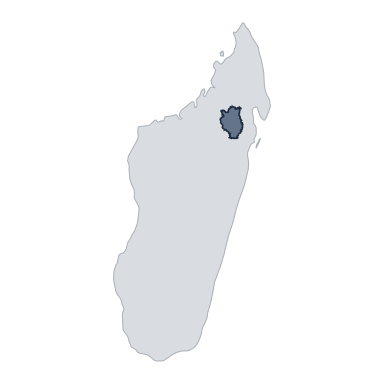 location of Mandritsara, Sofia, Madagascar
{"feature_id": "10022922B13687974105922", "entity_name": "Mandritsara", "entity_type": "district", "adm_level": 2, "iso_a3": "MDG", "parent_name": "Madagascar", "parent_adm1": "Sofia", "projection": "robinson", "projection_center": [48.852, -16.049], "detail": "fine", "context": "in_parent", "style": "filled", "palette": "slate", "viewbox_px": 384, "rotation_deg": 0, "n_neighbors": 0, "source": "geoboundaries", "source_scale": "gbopen_adm2", "svg_char_len": 8074}
<svg xmlns="http://www.w3.org/2000/svg" viewBox="0 0 384 384"><path d="M249.8,31.9L250.8,34.5L251.9,37.0L255.6,43.1L257.2,45.4L258.5,47.9L259.2,52.9L261.5,60.6L263.7,72.2L264.3,84.0L265.0,89.5L266.7,94.6L269.5,99.9L270.4,105.8L268.7,111.9L266.2,117.7L265.5,118.8L264.4,120.2L263.8,120.2L261.9,118.7L260.2,116.3L258.2,110.6L257.5,107.7L256.6,107.2L254.2,107.4L252.5,109.3L252.1,110.4L252.5,113.6L253.2,116.5L253.5,119.5L253.5,123.2L254.2,124.3L255.1,125.2L256.1,127.6L256.3,133.4L255.6,136.3L254.0,138.8L254.1,140.2L254.7,141.7L254.1,142.5L251.8,143.6L250.9,144.6L249.7,147.1L247.7,152.3L247.5,155.0L248.7,163.1L248.3,168.8L245.8,179.8L244.4,185.0L242.3,191.2L239.2,199.4L236.1,209.7L233.5,220.3L231.6,226.6L229.4,232.9L226.4,244.0L223.8,255.2L220.0,267.6L214.8,281.4L214.3,283.2L213.2,290.2L212.0,296.4L210.7,302.4L207.8,312.4L207.4,315.5L206.8,318.5L204.0,324.8L202.8,327.1L202.0,329.6L201.5,332.7L200.7,335.8L198.6,341.3L195.6,346.1L193.5,347.9L189.0,350.4L186.7,350.9L181.6,351.0L176.7,352.4L171.6,355.2L166.7,358.4L164.9,359.9L162.8,360.8L156.3,361.0L154.4,360.3L147.8,355.0L145.3,354.2L140.5,353.5L139.0,353.0L137.7,352.3L135.8,349.6L131.9,347.3L131.0,346.6L130.4,345.0L130.0,343.3L129.0,341.3L128.2,337.7L126.9,335.1L123.4,330.6L123.0,329.1L122.7,324.3L122.7,321.1L122.3,315.2L122.7,312.4L123.9,309.8L123.4,307.1L122.1,304.3L121.5,301.3L120.5,298.6L116.8,293.7L115.9,291.3L115.3,288.9L113.8,281.1L113.6,278.4L113.8,272.8L114.3,269.8L115.1,267.8L115.4,266.3L115.9,265.0L116.8,263.9L117.4,262.7L118.7,255.4L120.5,253.8L123.1,252.9L125.1,251.0L126.3,248.4L127.5,243.1L130.7,237.9L131.9,235.1L134.5,230.9L136.8,225.1L137.5,222.3L138.0,219.5L138.6,213.3L139.0,210.2L138.9,207.1L137.5,204.0L134.3,198.3L134.2,197.2L134.4,193.0L134.1,189.9L132.9,186.8L131.4,183.9L129.8,178.6L129.0,169.7L129.2,166.4L128.7,163.6L127.6,160.9L128.4,156.1L137.9,138.8L138.2,136.8L137.8,131.5L138.0,128.5L138.3,127.3L139.0,126.7L140.7,126.4L148.5,125.6L149.5,125.1L151.4,123.6L154.1,120.8L155.3,120.0L156.4,120.3L157.1,121.5L157.9,122.2L161.1,120.9L162.3,120.8L163.5,121.1L164.1,119.9L164.4,118.3L164.9,117.2L165.7,116.6L169.8,116.2L172.4,115.8L175.7,114.7L176.5,114.9L179.2,118.8L180.0,119.2L181.0,119.3L182.0,118.6L179.8,116.6L179.4,115.4L179.5,114.1L180.7,111.2L182.7,109.1L187.0,105.8L191.5,101.9L192.9,101.7L194.0,102.3L194.9,106.8L194.7,107.5L195.5,107.6L196.3,107.1L197.1,105.3L197.1,103.7L196.5,102.3L196.2,101.1L196.2,99.9L198.5,97.3L200.3,94.8L201.1,91.7L201.8,90.3L203.7,88.8L204.3,89.0L204.7,90.3L205.0,91.6L204.5,93.0L203.8,94.3L203.5,96.1L204.6,96.4L205.6,96.0L207.1,92.8L208.8,89.8L209.8,88.2L211.1,87.1L213.2,87.3L215.2,88.0L211.9,84.8L211.0,80.4L215.0,72.8L215.1,71.2L215.6,70.8L215.9,70.2L213.8,67.6L213.4,66.3L213.7,64.4L214.7,62.7L215.6,61.5L216.9,61.0L217.9,61.7L220.1,63.8L221.6,64.1L223.4,62.1L224.9,59.6L227.1,57.8L229.6,56.8L233.5,52.8L236.0,44.5L236.2,42.1L235.6,39.1L234.7,36.3L233.2,32.8L233.6,32.1L235.7,32.5L236.4,32.0L238.7,29.0L242.5,23.0L243.7,23.1L244.8,24.2L245.2,25.8L245.9,27.0L248.5,29.8L249.8,31.9ZM223.5,55.2L223.5,56.1L220.6,55.7L220.2,52.6L221.6,52.5L221.9,51.2L222.8,51.1L223.7,53.8L223.5,55.2ZM258.4,143.9L255.9,148.5L256.6,144.6L259.5,139.1L260.3,138.7L258.4,143.9Z" fill="#d9dde1" stroke="#a8b0b8" stroke-width="1"/><path d="M238.5,107.5L238.2,107.7L238.2,107.8L238.1,107.7L238.0,107.8L237.8,108.0L237.8,107.9L237.4,107.8L237.3,108.0L237.1,108.1L237.1,108.4L236.9,108.4L236.7,108.6L236.4,108.7L236.3,109.1L236.0,109.1L235.8,108.7L235.6,108.8L235.3,108.8L235.3,108.7L235.1,108.6L235.4,108.2L235.3,107.9L235.2,107.9L235.1,107.7L235.1,107.3L235.0,107.2L234.6,107.2L234.0,107.1L233.9,107.1L233.5,107.1L232.9,106.8L232.6,106.6L232.4,106.4L232.4,106.6L232.1,106.7L231.8,107.2L231.5,107.4L231.4,107.3L231.1,107.3L231.0,106.9L230.4,106.8L230.2,107.3L230.4,107.6L230.4,107.9L230.3,108.1L229.7,108.4L229.2,108.9L228.9,108.9L228.9,109.2L228.5,109.7L228.4,110.0L228.3,110.3L228.2,110.8L228.3,111.1L228.3,111.3L228.3,111.6L228.1,111.7L228.0,111.8L228.1,112.3L227.9,112.5L227.5,112.2L227.2,112.2L226.3,112.3L226.1,112.3L225.7,112.4L225.5,111.9L225.4,111.6L224.8,111.5L224.7,111.0L224.5,110.6L224.3,110.5L224.0,110.6L223.4,110.3L222.9,110.2L222.9,110.3L222.9,110.5L223.0,110.6L222.5,111.1L222.2,111.0L222.2,110.7L221.9,110.6L221.5,110.6L221.2,110.5L221.0,110.8L221.3,111.0L221.2,111.4L221.4,111.9L221.5,112.0L221.8,112.6L222.0,112.8L222.0,113.1L222.2,113.3L222.1,113.6L222.3,113.8L222.1,114.8L222.5,114.7L222.7,114.9L223.1,115.0L223.2,114.9L223.3,115.3L223.6,115.5L223.8,116.3L223.6,116.6L223.4,116.7L223.1,116.5L222.9,116.8L222.6,116.7L222.4,116.8L222.2,117.2L221.9,117.4L221.7,117.4L221.8,117.6L221.7,117.8L221.3,117.8L221.2,117.9L221.1,118.1L220.8,118.3L220.7,118.6L220.2,119.0L220.2,119.4L220.3,119.6L220.4,119.8L220.5,120.0L220.5,120.4L220.6,120.5L220.7,120.9L220.8,121.2L220.7,122.0L220.7,122.8L220.9,123.0L221.1,123.5L221.3,123.7L221.6,124.0L222.0,124.1L222.4,124.5L222.5,125.0L222.7,125.3L222.6,125.8L222.7,126.3L222.6,126.9L222.5,127.1L222.3,127.2L222.3,127.4L222.6,128.0L222.9,128.2L223.0,128.4L223.3,128.6L223.6,128.8L223.8,128.9L224.1,129.1L224.3,129.4L224.3,130.1L224.5,130.0L224.6,129.7L225.1,129.9L225.2,129.7L225.5,129.7L225.9,129.7L226.0,129.7L226.3,130.1L226.4,130.5L226.7,130.7L226.7,131.0L226.9,131.2L227.1,131.3L227.6,131.3L227.9,131.6L228.1,131.7L228.2,131.9L228.4,131.9L228.5,132.1L228.8,132.3L229.0,132.5L228.9,132.7L228.9,132.9L229.2,132.9L229.2,133.2L229.3,133.2L229.4,133.3L229.6,133.5L229.3,133.7L229.5,133.8L229.4,134.0L229.5,134.2L230.0,134.0L229.9,134.2L230.0,134.2L229.9,134.4L229.8,134.6L229.5,135.1L229.8,135.4L230.0,135.4L230.0,135.5L230.3,135.6L230.4,135.8L230.4,136.1L230.2,136.4L230.0,136.5L229.9,136.7L229.9,136.8L230.0,136.9L229.8,136.9L229.8,137.0L229.6,137.5L229.2,137.7L229.3,137.8L229.5,138.0L229.5,138.3L229.6,137.9L229.8,137.9L230.2,137.7L230.5,137.7L230.7,138.0L230.8,138.3L231.2,138.5L231.3,138.4L231.5,138.4L231.6,138.1L231.8,137.9L231.9,138.0L232.0,138.0L232.3,138.0L232.3,137.9L232.5,137.8L232.8,137.8L232.7,138.0L232.9,138.1L233.0,138.3L233.3,138.4L233.4,138.2L233.5,138.2L233.6,138.3L233.8,138.4L234.1,138.4L234.3,138.2L234.5,138.3L234.8,138.2L235.0,138.3L235.1,138.2L235.2,138.3L235.5,138.3L235.6,138.2L236.5,138.4L236.7,138.1L236.8,138.2L237.0,138.0L237.3,137.9L237.4,138.0L237.6,138.1L237.7,137.8L237.4,137.8L237.2,137.5L237.2,137.4L237.0,137.1L236.9,137.0L237.0,136.9L237.0,136.7L237.0,136.4L237.3,136.3L237.5,136.2L237.6,135.9L237.8,135.8L238.0,135.6L238.3,135.6L238.3,134.4L238.5,134.3L238.7,133.9L239.0,133.7L239.4,133.4L239.6,133.2L239.7,133.3L240.0,133.2L240.5,132.9L240.6,132.3L240.7,132.2L240.8,132.0L241.1,131.8L241.2,131.6L241.3,131.5L240.9,131.3L241.0,131.0L241.1,130.7L240.9,130.6L241.1,130.5L241.2,130.1L241.1,129.9L241.4,129.8L241.4,129.7L241.5,129.7L241.9,129.5L242.0,129.6L242.1,129.4L242.0,128.7L241.9,128.6L241.9,128.4L242.0,128.3L242.0,128.2L242.3,128.1L242.5,127.8L242.6,127.6L242.4,127.4L242.4,126.9L242.4,126.7L242.4,126.2L242.5,126.2L242.5,125.9L242.6,125.7L242.5,125.2L242.5,124.9L242.7,124.7L242.4,124.5L242.2,124.4L242.0,124.2L242.0,123.9L242.4,123.4L242.2,123.3L242.0,123.2L241.9,123.1L242.2,123.0L242.3,122.9L242.2,122.7L241.6,122.6L241.4,122.8L241.3,122.6L241.1,122.6L241.1,122.2L241.0,121.6L240.9,121.5L241.0,120.7L241.6,120.5L241.0,119.5L240.7,119.4L240.7,119.2L240.3,118.9L240.3,118.5L240.0,118.4L240.2,118.1L240.2,117.6L240.0,117.4L240.0,117.2L240.0,116.9L239.9,116.5L240.0,116.3L239.9,116.2L239.7,116.0L239.5,115.8L239.4,115.9L239.2,115.6L239.0,115.4L238.9,115.3L239.1,114.6L239.1,114.4L239.2,114.2L239.3,113.9L239.2,113.7L239.3,113.5L239.3,113.4L239.3,113.2L239.5,113.2L239.5,112.7L239.5,112.2L239.6,111.7L239.6,111.4L239.6,111.1L239.7,110.9L239.9,110.6L239.9,110.4L239.7,110.3L239.7,110.1L239.6,109.8L239.5,109.4L239.8,109.2L239.9,108.9L240.1,108.8L240.2,108.6L240.3,108.6L240.2,108.5L240.3,108.4L240.4,108.2L240.8,108.1L240.7,107.9L240.7,107.5L240.5,107.9L240.4,107.9L240.2,107.9L240.1,107.6L239.9,107.4L239.9,107.5L239.6,107.7L239.3,107.6L239.2,107.6L239.1,107.8L239.0,107.7L238.9,107.7L238.7,107.5L238.5,107.5Z" fill="#64748b" stroke="#1e293b" stroke-width="1.5"/></svg>